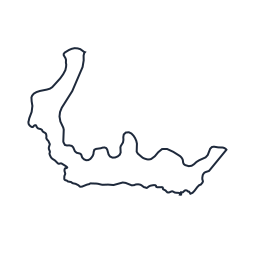 the border of Azad Kashmir, rotated 282°
{"feature_id": "PAK-1109", "entity_name": "Azad Kashmir", "entity_type": "Centrally Administered Area", "adm_level": 1, "iso_a3": "PAK", "parent_name": "Pakistan", "parent_adm1": "", "projection": "mercator", "projection_center": [73.919, 33.973], "detail": "fine", "context": "isolated", "style": "outline", "palette": "slate", "viewbox_px": 256, "rotation_deg": 282, "n_neighbors": 0, "source": "natural_earth", "source_scale": "10m", "svg_char_len": 4162}
<svg xmlns="http://www.w3.org/2000/svg" viewBox="0 0 256 256"><g transform="rotate(282 128 128)"><path d="M193.2,70.1L192.3,69.6L189.7,69.5L184.9,70.6L178.2,70.9L152.5,65.8L134.1,59.0L129.5,58.2L125.0,58.6L120.3,60.5L114.9,64.6L113.0,65.5L101.4,67.5L100.4,68.0L98.3,69.8L98.2,71.9L98.8,74.1L98.8,76.7L97.7,78.4L94.2,80.9L93.1,82.9L93.0,86.2L92.6,87.3L91.9,88.0L90.1,89.0L89.4,89.6L88.2,91.5L87.8,93.8L88.4,95.9L89.9,97.6L91.8,98.6L93.5,99.3L95.4,99.6L97.5,99.4L99.7,99.6L100.9,101.1L102.5,105.5L103.5,107.2L104.1,109.1L103.8,110.9L102.5,112.2L98.1,114.5L96.4,116.3L95.8,119.0L96.5,121.6L98.1,123.9L100.2,125.5L102.5,125.9L107.5,124.6L108.9,124.7L112.8,126.1L115.4,126.0L118.1,125.3L120.8,125.2L123.1,126.8L124.0,129.7L123.3,132.5L121.6,135.0L119.6,137.0L117.1,138.8L114.5,140.0L106.7,141.4L105.0,142.9L102.5,147.5L102.0,148.5L101.7,149.6L101.5,150.7L101.3,153.3L101.5,154.6L101.9,155.9L102.5,157.1L105.9,160.1L110.6,162.6L114.5,165.7L115.6,170.6L114.1,177.2L111.8,183.5L111.2,185.0L110.4,186.2L109.4,187.3L108.2,188.2L105.5,189.2L104.3,190.1L103.6,191.6L103.3,195.4L104.3,198.1L106.3,200.1L109.0,202.0L111.3,204.4L115.4,210.0L118.1,211.6L124.8,212.7L126.8,214.0L127.6,215.9L127.8,220.3L128.6,224.8L128.4,226.6L127.7,228.2L127.2,228.8L102.9,216.2L102.5,215.6L101.3,213.5L101.2,213.4L101.0,213.0L100.6,212.5L100.0,211.9L98.8,211.3L97.4,210.9L95.0,211.0L94.0,211.2L93.2,211.4L93.1,211.5L91.8,212.2L91.3,212.4L90.1,212.2L88.6,211.4L87.7,210.9L87.0,209.6L84.7,208.1L80.4,206.1L78.0,204.6L76.7,202.7L78.4,201.1L78.3,200.1L78.7,199.5L79.1,198.5L79.1,197.5L78.7,196.6L78.1,196.1L76.6,195.1L76.4,194.7L76.3,194.1L76.2,193.6L76.2,193.3L75.8,193.3L75.2,193.5L74.7,193.7L74.2,193.7L73.9,193.8L73.7,193.6L73.6,192.8L73.6,192.7L73.9,192.8L74.3,192.6L74.9,192.3L75.1,192.1L75.0,190.4L74.7,188.7L74.6,187.1L74.9,186.2L75.1,185.6L75.3,184.6L75.0,183.7L74.2,182.6L73.4,181.4L73.2,179.9L73.9,178.8L74.7,177.7L75.4,175.1L76.0,174.7L76.6,174.6L77.1,174.2L77.2,173.4L77.0,172.7L76.8,172.0L76.2,169.2L76.2,168.3L76.4,167.8L76.9,167.6L77.4,167.3L77.7,166.5L77.5,165.1L76.9,163.5L76.2,161.9L75.4,160.8L73.4,159.0L73.2,158.4L73.5,157.2L73.4,156.6L73.5,155.8L74.8,153.0L75.1,151.9L75.1,150.2L74.8,148.6L74.3,147.2L73.4,145.9L72.7,143.6L73.8,137.1L73.6,134.2L69.2,125.7L68.5,120.3L67.2,115.1L67.1,114.1L67.1,113.5L67.1,113.2L67.2,110.4L67.1,108.9L66.0,102.7L64.9,101.5L64.6,100.7L64.0,99.5L61.1,95.2L60.6,93.4L60.8,92.9L61.7,91.4L62.0,90.3L62.4,88.7L62.5,88.5L62.5,88.0L62.5,85.4L62.6,85.0L62.7,84.8L63.1,84.0L63.2,83.7L63.3,83.5L63.3,83.2L63.2,80.9L63.2,80.4L63.3,80.1L63.7,79.4L63.8,79.1L63.9,78.8L63.9,78.0L63.9,77.6L64.0,77.3L64.2,76.9L64.5,76.5L65.2,76.2L67.4,75.8L67.7,75.8L67.8,75.8L68.1,75.8L69.6,76.1L69.8,76.1L70.2,76.1L70.3,76.1L71.7,75.4L72.6,74.9L73.3,74.7L73.9,74.6L74.5,74.6L75.1,74.7L75.5,74.9L75.6,75.1L75.7,75.3L75.8,75.7L76.1,76.3L76.3,76.5L76.8,76.7L77.2,76.3L77.9,74.8L79.4,70.6L79.5,70.1L79.4,69.7L79.3,69.2L78.8,68.3L78.7,68.0L78.6,67.6L78.7,67.2L78.8,66.8L81.0,63.4L81.3,62.7L82.0,60.8L82.5,59.8L83.0,59.1L83.7,58.4L85.3,57.2L86.0,56.8L86.6,56.5L88.0,56.6L88.5,56.5L88.9,56.4L89.4,56.1L89.5,56.0L90.8,55.1L91.1,54.9L92.6,54.6L95.7,54.9L96.0,54.8L96.2,54.7L97.5,53.7L98.1,53.3L98.6,52.9L99.0,52.5L99.1,52.4L99.6,51.5L100.0,51.1L100.4,50.8L100.4,50.7L100.9,50.3L101.4,50.1L102.6,50.0L103.0,49.9L103.4,49.8L104.2,49.5L105.1,49.1L105.3,48.9L105.5,48.7L105.8,48.3L105.9,48.1L106.4,46.6L106.7,45.7L106.8,45.5L107.2,45.0L108.0,44.4L108.3,44.1L108.6,43.3L108.8,42.6L108.8,41.2L108.9,40.4L109.0,39.8L109.7,38.9L110.4,38.2L110.9,37.9L111.3,37.6L111.5,37.3L111.5,36.9L111.3,36.3L110.9,35.8L110.6,35.5L109.7,35.1L109.5,34.9L109.3,34.8L109.2,34.7L109.1,34.4L109.0,34.1L109.0,33.7L109.1,33.2L109.7,31.8L110.1,31.2L110.6,30.6L111.4,29.9L113.2,29.3L114.2,29.4L116.9,29.4L117.0,29.4L123.7,30.4L129.7,29.9L134.1,28.2L137.8,27.2L139.7,27.5L142.0,28.7L144.1,31.0L145.9,34.1L148.7,40.6L150.2,43.4L152.2,45.4L162.3,51.3L167.1,53.4L171.6,54.7L175.0,54.7L177.2,54.4L178.9,53.7L181.7,53.2L183.2,52.4L185.8,50.0L187.0,49.7L188.6,50.4L192.0,54.0L193.7,56.4L195.0,59.2L195.4,62.2L195.2,65.0L193.3,69.2L193.3,69.3L193.2,70.1L193.2,70.1Z" fill="none" stroke="#1e293b" stroke-width="2"/></g></svg>